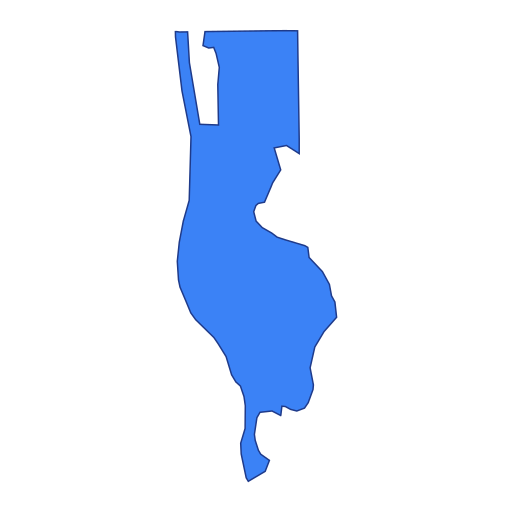 Pinellas, Florida, United States of America
{"feature_id": "52423323B48942229676406", "entity_name": "Pinellas", "entity_type": "district", "adm_level": 2, "iso_a3": "USA", "parent_name": "United States of America", "parent_adm1": "Florida", "projection": "equal_earth", "projection_center": [-82.727, 27.893], "detail": "fine", "context": "isolated", "style": "filled", "palette": "blue", "viewbox_px": 512, "rotation_deg": 0, "n_neighbors": 0, "source": "geoboundaries", "source_scale": "gbopen_adm2", "svg_char_len": 1277}
<svg xmlns="http://www.w3.org/2000/svg" viewBox="0 0 512 512"><path d="M175.4,31.6L175.5,36.9L182.0,91.0L191.0,136.6L190.5,154.7L189.2,200.4L183.5,220.5L183.4,220.6L179.3,242.1L177.3,261.3L178.5,279.9L180.0,287.1L186.0,301.3L190.8,312.9L195.7,319.7L213.9,337.5L218.2,343.8L226.1,356.6L231.6,374.8L235.9,382.0L240.4,386.0L244.0,396.6L245.3,405.7L245.1,428.5L240.7,443.2L241.2,454.0L246.2,477.8L248.3,481.3L265.2,471.3L269.4,460.4L260.7,454.2L258.4,450.3L255.2,440.3L254.4,434.4L256.9,417.7L260.0,412.3L272.0,411.0L280.7,415.5L280.8,415.3L281.9,406.2L285.3,406.5L290.4,409.3L290.6,409.4L296.8,411.0L304.5,408.1L308.2,402.7L313.0,389.5L313.4,384.9L310.1,367.8L310.9,364.3L314.8,347.0L318.7,340.5L324.0,331.6L336.6,317.3L334.9,302.0L331.5,295.8L329.4,284.4L322.4,271.6L309.1,257.5L307.8,247.4L304.9,245.7L285.5,239.9L277.2,237.2L271.8,233.1L269.2,231.6L262.2,227.6L256.1,221.1L255.3,218.0L253.7,211.7L255.9,205.5L258.3,203.4L264.5,202.2L271.0,186.9L272.6,182.9L280.7,169.9L274.2,147.9L286.5,145.5L299.2,153.6L299.2,138.9L297.9,53.5L297.6,30.8L285.0,30.7L268.8,30.8L205.0,31.6L203.0,45.6L208.7,48.0L213.7,47.4L216.1,53.5L219.3,67.4L217.8,84.5L218.5,125.0L199.8,124.3L189.4,62.7L187.6,31.9L179.4,32.0L176.7,31.6L175.4,31.6Z" fill="#3b82f6" stroke="#1e3a8a" stroke-width="1.5"/></svg>